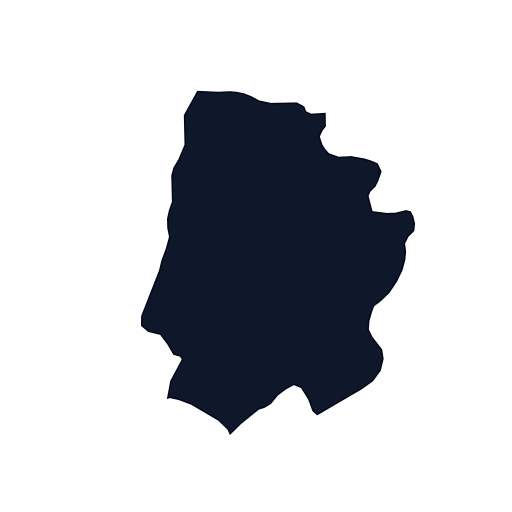 the border of Ziro, rotated 236°
{"feature_id": "BFA-2821", "entity_name": "Ziro", "entity_type": "Province", "adm_level": 1, "iso_a3": "BFA", "parent_name": "Burkina Faso", "parent_adm1": "", "projection": "equal_earth", "projection_center": [-1.878, 11.634], "detail": "fine", "context": "isolated", "style": "filled", "palette": "ink", "viewbox_px": 512, "rotation_deg": 236, "n_neighbors": 0, "source": "natural_earth", "source_scale": "10m", "svg_char_len": 1341}
<svg xmlns="http://www.w3.org/2000/svg" viewBox="0 0 512 512"><g transform="rotate(236 256 256)"><path d="M413.8,277.9L424.9,299.6L412.6,316.2L406.6,326.1L402.2,331.5L397.1,336.5L390.3,341.1L382.9,344.9L374.0,353.5L360.0,375.1L352.9,378.9L347.8,377.7L342.5,380.9L335.5,392.8L325.0,385.9L323.4,381.0L319.8,375.0L311.2,372.6L306.2,372.5L300.2,373.2L291.5,379.5L285.0,390.3L275.8,399.8L270.5,404.1L264.6,407.9L256.2,406.7L250.7,399.3L247.4,393.6L246.0,386.3L243.3,382.3L227.8,376.8L218.0,388.0L213.3,395.4L209.4,405.8L206.1,408.5L200.8,407.8L194.2,405.3L188.9,400.8L187.4,392.9L183.4,385.9L175.9,382.2L169.5,376.8L162.8,369.0L156.5,358.1L151.4,345.6L149.4,333.5L149.1,327.5L148.9,325.5L145.1,320.2L139.0,313.0L132.4,307.8L123.9,306.6L108.0,307.6L99.8,303.7L91.8,295.0L87.5,282.9L87.1,269.4L90.4,218.1L95.9,216.8L107.9,219.8L121.6,220.2L128.5,215.6L129.4,206.1L128.9,196.1L125.7,185.7L126.1,178.1L127.8,172.6L125.8,149.6L123.1,135.2L128.1,136.0L140.9,133.3L169.4,119.7L180.1,112.1L186.8,105.8L187.6,103.5L199.8,115.5L211.3,137.2L215.1,137.6L220.6,133.0L232.4,133.8L244.5,133.2L253.7,124.8L262.2,122.4L270.0,127.8L297.8,168.1L304.5,175.4L312.4,186.3L320.1,195.2L328.4,198.7L336.1,203.6L342.1,209.9L347.5,217.2L369.6,231.3L374.8,237.3L378.8,245.8L387.7,259.5L412.5,275.4L413.8,277.9Z" fill="#0f172a" stroke="#020617" stroke-width="1.5"/></g></svg>